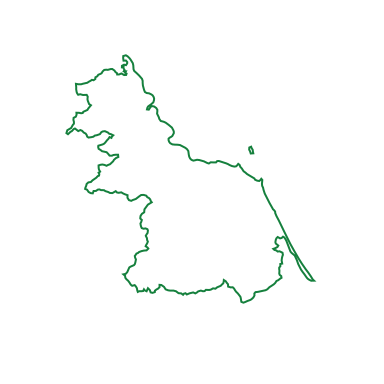 outline of Cananéia, São Paulo, Brazil, rotated 287°
{"feature_id": "56859067B70757280308936", "entity_name": "Cananéia", "entity_type": "district", "adm_level": 2, "iso_a3": "BRA", "parent_name": "Brazil", "parent_adm1": "São Paulo", "projection": "robinson", "projection_center": [-47.991, -25.035], "detail": "fine", "context": "isolated", "style": "outline", "palette": "green", "viewbox_px": 384, "rotation_deg": 287, "n_neighbors": 0, "source": "geoboundaries", "source_scale": "gbopen_adm2", "svg_char_len": 5971}
<svg xmlns="http://www.w3.org/2000/svg" viewBox="0 0 384 384"><g transform="rotate(287 192 192)"><path d="M80.6,169.4L81.7,170.5L82.2,172.3L83.0,174.2L84.9,174.5L84.1,175.6L83.8,177.6L87.1,178.0L85.9,180.3L83.9,181.8L84.0,183.7L85.4,185.7L86.8,185.4L88.5,186.6L89.5,187.7L91.6,188.8L93.7,188.1L94.1,189.9L93.1,193.0L91.2,195.2L91.0,197.9L91.3,199.8L92.3,203.2L92.4,205.7L91.3,208.7L91.9,211.4L91.1,213.5L92.4,214.0L93.3,215.4L92.5,217.0L94.4,219.3L96.3,222.5L96.0,224.8L97.5,226.2L98.7,226.9L100.3,229.3L100.3,231.5L100.9,233.0L102.5,233.9L103.3,237.0L104.1,238.5L106.0,240.3L106.4,242.7L108.2,243.9L110.7,246.9L112.2,247.6L113.8,248.6L115.6,248.5L117.1,248.2L116.5,250.4L115.4,251.7L114.3,253.4L112.1,254.2L112.1,256.9L112.8,258.8L112.0,260.4L110.7,261.8L109.6,263.2L108.4,265.5L106.0,268.9L104.7,269.7L101.4,271.3L101.2,273.5L102.4,275.1L104.0,276.9L105.8,279.3L106.8,280.2L109.0,281.5L111.3,282.0L113.2,281.3L114.8,282.0L115.8,284.3L119.6,291.1L121.0,292.5L123.5,293.8L127.6,297.2L129.4,298.2L131.6,298.8L132.8,300.2L135.0,301.7L136.1,302.7L137.7,301.9L138.4,300.1L139.5,299.3L142.4,298.6L143.8,297.9L145.3,297.5L146.7,298.2L149.0,297.5L149.9,299.2L152.8,297.7L155.2,297.3L157.0,297.2L158.5,297.3L160.4,296.3L160.9,293.1L160.1,291.3L160.8,289.7L160.7,287.8L161.4,286.4L162.6,288.0L164.4,289.8L166.0,290.2L167.2,287.2L168.4,286.4L171.0,286.1L172.5,286.3L174.0,287.1L173.4,289.8L174.3,291.2L175.9,292.1L175.5,293.6L174.2,295.2L172.8,296.6L163.8,303.6L162.9,305.0L161.3,308.8L157.5,312.2L154.1,314.7L149.7,318.9L147.8,321.3L146.3,323.4L143.7,326.7L142.9,328.0L142.3,329.9L142.0,331.9L142.9,334.6L143.7,333.0L146.1,330.3L149.1,326.5L151.4,323.3L155.7,317.9L159.3,313.7L165.7,306.8L171.0,301.3L180.6,292.2L190.1,283.4L193.6,279.9L196.1,277.8L197.6,277.2L198.6,275.8L199.2,274.5L200.2,273.5L204.1,269.4L211.8,262.0L215.1,259.7L216.9,258.7L218.4,257.3L220.3,256.5L224.1,255.7L224.9,254.4L223.7,254.0L222.2,253.1L221.9,251.0L222.2,248.7L223.2,247.7L224.8,241.2L225.3,239.3L226.2,237.4L226.9,235.3L229.1,232.7L230.2,230.8L231.8,229.6L232.4,228.0L230.7,227.4L229.4,226.6L228.7,225.1L228.5,222.6L228.8,220.0L229.2,218.3L229.4,216.2L229.5,208.6L228.9,207.0L227.3,206.3L225.8,201.1L224.2,199.8L224.2,198.0L224.8,194.5L224.7,189.7L224.3,187.4L223.2,185.6L222.4,184.1L222.6,182.1L223.5,180.4L225.0,179.0L226.8,178.0L230.1,176.5L231.5,174.7L232.3,172.7L233.4,166.8L233.0,164.4L232.3,161.9L231.8,159.3L232.3,156.9L233.4,155.4L234.8,154.4L236.2,154.0L237.5,154.8L238.6,155.9L239.8,156.8L242.9,157.4L244.3,157.0L245.5,156.2L247.7,154.0L249.4,150.0L250.6,146.6L250.9,144.5L250.8,141.3L252.4,139.3L253.8,138.4L256.7,135.7L258.8,135.3L260.5,134.8L261.9,133.2L262.7,130.8L262.4,128.2L260.5,127.3L258.1,126.6L257.8,124.8L259.6,124.7L260.9,125.0L262.3,126.0L263.5,127.0L266.4,128.8L268.8,128.8L270.4,128.4L271.8,127.4L272.9,126.1L273.4,124.7L273.8,122.1L273.4,119.7L273.9,117.7L275.8,116.2L279.5,113.9L282.0,112.9L283.9,112.3L285.6,111.1L287.9,107.4L289.4,104.5L290.9,101.3L292.3,100.2L296.0,98.8L297.9,97.7L300.7,94.5L301.7,93.1L302.9,90.8L303.4,88.8L301.9,86.5L300.0,87.0L297.6,88.1L298.4,90.4L297.3,92.1L296.0,92.4L294.0,91.8L293.9,89.8L292.2,88.1L290.8,88.5L291.6,90.0L290.3,90.3L289.0,91.8L287.6,91.5L288.1,93.5L286.5,93.1L286.1,94.8L284.7,94.8L284.0,92.9L284.7,89.8L283.1,87.9L282.5,86.1L283.7,85.5L284.3,83.8L285.5,82.3L286.3,79.8L285.8,78.3L284.2,75.8L283.9,74.3L283.1,72.4L281.2,71.3L279.1,70.8L278.1,69.8L276.7,68.1L275.0,67.6L273.4,66.1L271.8,66.5L270.1,65.2L270.0,63.5L268.7,62.5L267.2,61.0L265.9,60.0L263.5,55.8L262.6,54.5L261.8,51.8L261.5,49.4L258.2,50.7L256.4,51.2L253.8,52.5L252.7,53.4L251.7,54.7L252.8,56.5L252.9,59.4L254.1,62.9L252.7,64.4L250.2,64.9L248.9,65.6L247.5,66.7L246.0,67.9L245.4,70.0L241.6,68.4L239.9,68.0L236.9,64.6L235.6,64.4L234.9,62.9L234.7,60.8L234.0,58.3L232.2,59.0L230.1,58.9L228.3,57.1L226.3,57.5L224.5,58.6L222.8,59.1L221.2,58.4L217.9,57.7L214.6,54.7L211.6,54.7L211.0,56.5L212.6,57.4L214.0,58.2L215.1,59.3L217.5,60.4L218.5,61.5L217.0,65.4L218.6,67.1L218.4,69.0L217.2,71.1L216.8,73.2L215.7,74.6L214.3,75.6L213.8,77.1L215.0,79.7L216.1,81.6L217.5,82.5L218.5,84.4L220.4,87.0L222.7,87.8L223.8,88.9L224.7,90.9L224.3,94.2L223.5,95.8L223.6,97.6L223.2,100.1L221.6,99.2L220.2,99.1L220.4,97.1L218.3,96.5L216.6,95.6L214.0,94.6L212.6,93.9L211.4,92.7L208.9,88.9L207.6,89.1L206.0,90.1L205.4,92.4L204.7,94.0L205.1,98.7L203.9,100.8L202.7,102.5L203.3,104.8L204.4,106.0L205.4,108.3L206.0,110.4L203.9,111.3L202.4,109.5L200.0,108.0L198.3,107.6L194.6,105.5L193.2,103.7L192.1,102.6L192.3,100.5L192.1,98.3L191.2,96.4L190.1,94.9L187.7,95.7L186.2,96.5L184.6,98.2L183.1,97.0L182.1,98.1L180.5,98.3L179.6,97.2L177.7,96.3L174.0,93.4L172.0,92.4L170.9,90.1L168.9,88.9L166.8,89.0L165.1,88.8L163.7,88.9L163.5,91.0L161.8,93.1L161.3,95.4L161.7,97.5L164.2,97.6L164.9,99.8L166.8,101.3L167.4,102.8L167.2,104.5L168.0,107.3L167.5,108.9L167.5,111.9L167.1,113.8L167.7,116.2L170.5,118.8L169.6,120.4L169.8,122.1L171.0,124.5L170.5,126.4L170.2,128.5L170.1,131.3L168.9,131.6L167.6,132.0L165.8,134.1L165.8,136.5L167.0,137.7L168.9,140.3L172.4,142.8L174.3,144.3L175.1,146.8L175.1,149.4L174.0,150.7L173.6,152.7L172.7,154.2L171.4,155.1L170.4,156.5L167.0,153.5L161.5,151.6L158.6,152.2L156.5,150.5L154.2,149.8L152.7,150.0L151.5,150.3L150.6,152.2L148.4,152.2L146.8,151.9L145.2,152.7L143.9,153.5L142.8,154.5L142.7,156.4L143.6,158.2L143.4,160.2L142.3,161.1L139.8,161.5L138.4,161.0L136.6,160.6L134.7,162.4L133.0,163.1L131.6,164.3L129.6,164.1L128.1,163.7L126.6,163.5L125.9,165.7L125.1,166.8L122.9,165.6L121.9,163.1L120.7,161.0L119.1,158.9L117.8,158.1L116.9,156.9L115.4,156.5L114.1,156.0L112.6,156.8L111.1,158.1L108.1,158.4L106.3,158.4L105.1,157.9L102.6,155.0L101.5,154.1L96.4,153.5L94.3,152.5L93.2,150.5L92.3,152.5L90.5,153.3L89.4,154.8L88.5,156.8L87.2,158.6L85.5,160.5L84.8,162.2L86.2,164.4L85.3,165.9L83.9,167.4L81.8,168.5L80.6,169.4ZM248.5,238.4L250.1,237.7L251.4,236.2L252.6,235.3L251.3,233.8L249.2,234.3L247.9,235.6L246.0,236.9L246.9,239.3L248.5,238.4Z" fill="none" stroke="#15803d" stroke-width="2"/></g></svg>